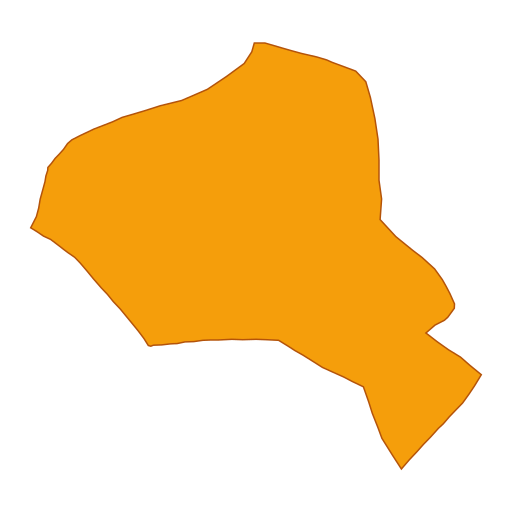 Al-Basrah, Al-Basrah, Iraq (Albers equal-area conic projection)
{"feature_id": "34846034B27642135170661", "entity_name": "Al-Basrah", "entity_type": "district", "adm_level": 2, "iso_a3": "IRQ", "parent_name": "Iraq", "parent_adm1": "Al-Basrah", "projection": "albers", "projection_center": [47.628, 30.554], "detail": "fine", "context": "isolated", "style": "filled", "palette": "amber", "viewbox_px": 512, "rotation_deg": 0, "n_neighbors": 0, "source": "geoboundaries", "source_scale": "gbopen_adm2", "svg_char_len": 1649}
<svg xmlns="http://www.w3.org/2000/svg" viewBox="0 0 512 512"><path d="M454.3,308.3L454.5,303.9L450.0,293.8L446.3,286.7L442.3,279.6L434.6,268.9L422.1,257.5L412.9,250.5L404.4,243.6L395.8,236.6L380.1,219.6L381.6,199.0L379.0,180.3L379.0,160.3L378.0,139.2L374.9,118.6L370.4,97.5L365.8,81.7L355.7,71.1L332.0,62.3L326.9,60.0L316.9,57.0L301.7,53.5L291.1,50.6L283.8,48.5L281.0,47.7L264.9,43.0L254.3,43.0L251.8,51.8L244.2,63.5L226.6,76.4L207.4,89.3L181.6,100.5L160.4,105.7L153.6,107.9L143.8,111.0L122.1,117.4L112.6,121.8L94.0,129.0L80.1,135.6L71.9,139.8L67.6,143.5L63.5,149.4L59.1,154.3L55.2,158.3L51.6,163.2L47.9,167.4L47.7,170.4L45.9,176.0L45.0,181.6L42.5,190.8L40.2,199.1L38.7,208.0L36.4,216.6L30.7,227.8L37.2,231.8L43.5,236.1L50.6,239.4L59.7,246.3L63.5,249.3L67.9,252.6L74.7,257.3L80.1,262.9L86.6,270.5L93.4,278.8L101.4,288.0L107.4,294.3L113.3,301.6L120.1,308.8L126.1,316.1L132.6,324.0L138.3,331.0L144.0,338.6L148.3,345.5L150.8,346.2L153.4,345.2L161.6,344.9L170.2,343.9L173.6,343.7L177.0,343.6L185.0,341.9L193.8,341.6L202.9,340.3L210.3,340.0L218.0,340.0L231.9,339.3L242.7,339.7L256.1,339.3L266.6,339.7L278.6,340.3L287.7,345.9L294.8,350.5L303.1,355.2L313.6,361.8L322.4,367.4L333.2,372.3L343.5,376.9L352.3,381.5L363.4,386.8L368.8,402.2L372.3,413.3L378.0,427.7L381.9,438.3L386.6,445.8L392.8,455.7L401.4,469.0L403.1,467.0L409.3,459.8L417.2,451.4L423.6,444.2L430.6,437.0L436.2,430.8L438.3,428.4L443.2,423.9L449.2,416.9L455.8,410.0L462.6,403.0L469.0,394.1L474.5,385.9L481.3,374.7L469.6,365.1L460.5,357.1L448.4,349.7L437.3,341.8L425.9,333.0L427.2,331.9L435.0,325.1L444.5,320.2L447.9,317.1L454.3,308.3Z" fill="#f59e0b" stroke="#b45309" stroke-width="1.5"/></svg>